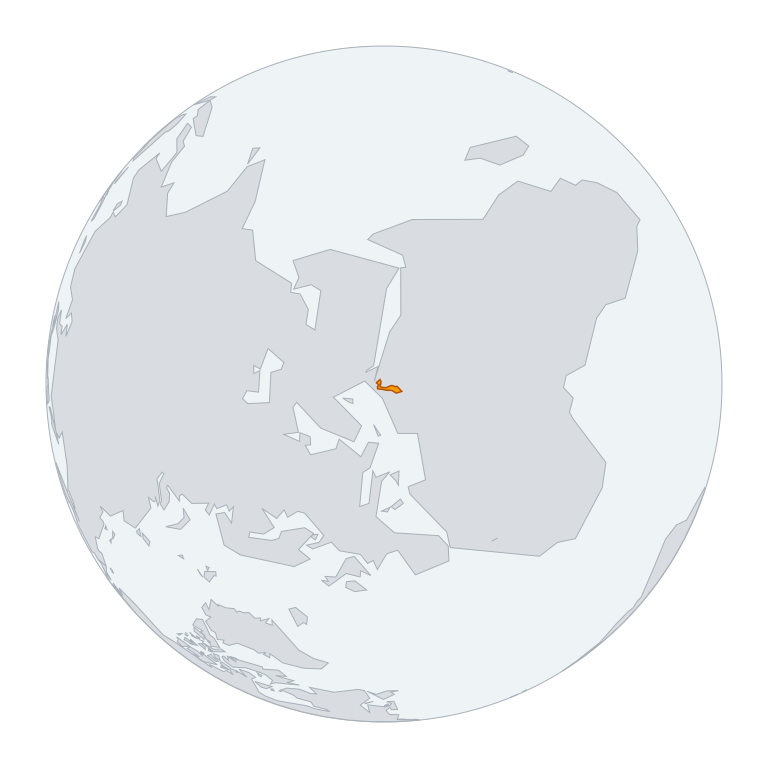 globe centered on Al Jizah, rotated 226°
{"feature_id": "EGY-1544", "entity_name": "Al Jizah", "entity_type": "Governorate", "adm_level": 1, "iso_a3": "EGY", "parent_name": "Egypt", "parent_adm1": "", "projection": "orthographic", "projection_center": [30.712, 29.007], "detail": "fine", "context": "on_globe", "style": "filled", "palette": "amber", "viewbox_px": 768, "rotation_deg": 226, "n_neighbors": 0, "source": "natural_earth", "source_scale": "10m", "svg_char_len": 11042}
<svg xmlns="http://www.w3.org/2000/svg" viewBox="0 0 768 768"><g transform="rotate(226 384 384)"><circle cx="384" cy="384" r="338" fill="#eef3f6" stroke="#a8b0b8"/><path d="M388.3,46.1L387.8,46.1L389.4,46.1L425.7,48.7L430.0,49.2L428.8,49.3L413.7,47.9L412.7,48.2L423.4,49.3L428.9,50.8L413.4,49.0L421.4,51.7L397.7,52.0L357.1,50.8L343.3,54.4L299.8,63.2L303.1,63.8L288.7,68.8L287.3,71.7L279.6,73.5L285.0,74.4L292.3,72.4L297.1,72.4L296.9,74.2L287.1,76.3L285.8,75.8L282.8,77.4L278.0,77.9L280.3,78.7L268.4,81.7L279.7,81.6L270.0,86.5L262.2,87.8L263.7,83.8L249.3,80.1L241.9,81.9L230.0,87.4L206.2,104.9L197.8,109.1L185.9,117.5L190.1,116.4L201.0,109.7L206.0,110.7L218.7,103.2L222.6,102.9L235.4,97.7L232.7,102.9L223.1,111.2L212.4,116.1L207.9,120.2L217.5,119.7L196.9,134.0L182.3,153.2L177.0,157.0L167.9,155.4L169.5,143.9L157.7,145.5L164.5,149.4L151.2,160.3L148.7,164.6L148.9,167.4L153.6,165.4L148.9,170.7L140.4,167.8L144.6,163.0L147.2,163.6L147.9,158.7L142.1,158.5L135.8,165.0L133.7,160.7L129.2,165.5L126.2,167.9L133.5,160.1L120.3,174.4L117.4,176.4L132.8,158.0L149.4,140.8L167.2,124.8L186.1,110.1L206.0,96.7L226.8,84.9L248.4,74.5L270.7,65.6L293.5,58.4L316.8,52.8L340.5,48.9L364.3,46.7L388.3,46.1ZM53.7,312.6L52.3,321.8L51.6,324.2L48.1,359.3L50.2,385.0L50.7,401.6L49.9,407.3L51.9,415.5L52.0,420.8L65.5,452.9L76.8,478.6L79.5,496.5L75.9,507.0L86.5,542.2L84.3,540.1L73.2,516.5L63.9,492.2L56.5,467.3L51.1,441.9L47.6,416.1L46.1,390.1L46.7,364.1L49.2,338.2L53.7,312.6ZM434.2,49.8L436.3,50.2L431.2,49.4L432.8,49.6L434.2,49.8ZM236.0,95.4L235.7,96.5L233.5,96.9L236.0,95.4ZM241.9,92.2L239.6,91.8L242.0,90.3L243.4,90.6L241.9,92.2ZM437.1,50.9L441.0,52.0L434.4,50.5L437.1,50.9ZM244.2,93.2L246.6,87.7L251.0,85.2L259.8,84.4L244.2,93.2ZM441.5,52.4L451.2,56.0L457.0,56.6L446.0,57.6L441.4,53.7L432.4,51.6L439.4,52.6L441.5,52.4ZM294.7,71.1L287.0,73.3L293.6,69.9L294.7,71.1ZM297.8,69.0L311.4,60.4L322.7,58.7L315.9,61.6L330.7,58.7L329.6,62.0L321.2,64.3L314.1,64.6L319.1,65.8L297.8,69.0ZM438.3,58.0L438.4,59.0L435.4,57.8L438.3,58.0ZM299.6,72.1L301.3,70.3L311.3,68.5L309.6,72.0L306.9,71.4L299.6,72.1ZM335.2,56.6L342.3,56.3L343.3,58.8L346.3,59.1L330.6,61.9L335.2,56.6ZM304.6,72.7L308.5,73.9L303.7,76.5L298.6,73.9L304.6,72.7ZM314.5,66.8L319.2,66.2L316.1,67.6L314.5,66.8ZM288.6,87.5L290.4,84.7L295.7,83.5L288.6,87.5ZM310.3,74.2L312.0,73.3L314.3,72.7L315.9,74.1L310.3,74.2ZM332.4,63.7L331.3,65.0L338.9,62.6L340.0,64.9L329.3,66.5L334.3,66.8L334.7,67.5L325.6,68.1L332.4,63.7ZM324.4,73.7L311.2,77.4L306.6,82.6L301.7,83.7L310.0,75.3L324.4,73.7ZM325.9,70.3L323.9,72.6L318.8,72.5L317.1,70.9L325.9,70.3ZM344.5,65.9L345.6,62.1L347.9,61.9L344.5,65.9ZM324.1,75.1L327.2,74.3L324.3,75.5L324.1,75.1ZM339.4,68.6L339.4,67.1L342.0,67.0L339.4,68.6ZM333.6,74.0L329.3,75.0L328.0,73.8L333.6,74.0ZM337.0,71.5L340.6,71.6L330.1,72.8L336.6,70.8L337.0,71.5ZM341.8,68.7L343.4,68.1L341.4,69.4L341.8,68.7ZM341.0,78.3L328.1,80.0L325.2,77.2L338.1,75.8L341.0,78.3ZM157.7,468.8L139.8,414.2L149.6,398.6L152.1,376.2L220.3,318.0L234.0,326.3L286.8,326.2L293.3,330.0L286.2,347.3L325.2,373.7L338.8,359.6L374.9,372.9L399.5,372.2L409.7,338.5L369.5,338.8L363.3,322.3L396.3,307.8L431.6,308.5L430.3,302.2L408.7,288.9L417.5,276.9L401.3,283.4L407.4,289.7L397.4,294.3L391.2,289.0L394.6,284.7L384.1,282.0L370.8,304.5L375.5,313.4L347.7,316.8L352.9,332.3L345.1,339.1L333.4,315.7L335.1,307.3L312.8,281.4L308.5,290.2L329.3,315.7L322.5,313.4L316.8,327.1L315.7,314.8L294.2,286.1L269.6,288.2L237.0,317.9L222.9,317.7L211.6,307.7L224.9,274.0L254.9,278.4L260.0,268.0L255.1,250.3L264.6,253.7L266.3,247.5L277.7,248.7L295.0,236.1L306.8,236.3L314.8,218.2L321.9,216.3L315.2,227.2L316.8,235.5L346.3,237.2L352.3,233.6L355.1,222.1L362.9,224.7L361.8,213.4L379.3,209.8L357.0,205.3L359.7,193.2L370.8,184.6L367.7,180.2L349.6,194.4L345.9,201.1L349.2,207.8L335.8,227.0L325.4,229.5L324.3,207.5L309.4,209.2L315.1,192.5L360.7,162.0L379.2,157.1L407.3,172.8L402.3,180.1L389.8,177.6L400.3,190.5L400.0,184.3L406.4,186.9L410.6,177.1L415.4,178.6L411.2,167.3L417.5,168.0L420.1,175.1L431.6,162.8L445.1,162.4L445.4,159.0L441.9,155.5L461.3,158.1L460.6,155.6L454.1,153.7L448.5,147.6L446.3,138.3L453.2,139.7L454.9,143.2L468.7,153.3L472.3,163.3L474.8,163.1L473.4,154.8L456.5,142.3L453.2,136.5L462.1,141.3L458.6,139.1L459.1,136.6L466.0,135.8L456.7,130.2L453.1,105.1L466.1,102.0L474.3,108.4L479.0,95.5L493.3,95.0L487.2,93.0L485.3,86.7L480.8,86.6L477.8,85.3L470.9,71.5L474.6,70.1L464.8,63.8L461.6,63.0L458.3,63.5L446.0,57.6L457.0,56.6L463.6,58.3L466.0,57.4L480.6,61.8L493.9,65.7L508.4,72.5L517.6,75.8L517.5,75.2L529.9,80.0L555.8,93.6L535.3,85.0L496.5,69.5L512.4,75.5L508.9,75.3L514.7,78.4L525.9,83.1L527.1,82.9L545.8,99.7L573.0,119.2L570.7,112.8L577.6,114.9L606.6,136.3L641.9,180.0L651.5,187.1L657.6,194.6L661.4,203.5L652.7,192.5L649.2,192.6L643.7,185.7L647.0,197.7L639.2,188.3L645.6,203.1L652.1,208.4L652.1,200.5L661.0,218.5L671.5,225.8L681.7,241.8L694.5,282.3L693.9,302.5L695.8,308.7L690.9,306.8L691.4,323.6L706.2,346.8L708.3,356.3L705.9,383.3L704.6,376.6L691.7,371.6L694.3,395.8L704.3,405.3L708.0,423.8L702.5,423.9L698.2,408.1L693.6,405.7L691.2,385.4L680.4,360.6L674.6,372.7L671.5,360.8L655.7,343.6L645.5,360.4L631.5,405.2L635.4,436.3L628.1,454.1L604.8,418.1L594.3,389.9L585.9,396.4L561.9,377.4L520.7,387.5L514.8,380.5L507.0,386.2L490.1,381.3L481.1,369.2L470.9,371.9L495.0,403.4L506.0,400.6L515.0,384.9L519.7,396.8L536.0,404.3L518.2,438.8L456.9,475.3L450.9,452.2L404.4,389.3L405.8,381.5L405.6,380.7L405.0,379.2L400.8,391.8L392.8,379.0L417.6,424.3L421.8,443.9L456.0,476.8L452.8,480.8L463.8,486.9L499.2,472.6L499.4,480.4L482.7,518.5L433.7,569.6L440.3,597.8L436.9,621.3L406.6,637.8L409.5,653.8L393.9,659.8L393.1,668.3L380.7,677.1L359.9,684.5L324.3,682.3L321.8,675.3L303.6,659.2L278.2,617.1L286.9,598.8L283.7,582.6L257.9,541.7L263.5,521.0L256.7,510.6L242.6,510.4L234.7,497.6L226.2,495.6L173.4,489.1L157.7,468.8ZM196.2,352.4L194.1,359.0L196.2,352.4ZM468.9,326.9L490.1,325.3L480.6,305.3L487.9,303.3L482.0,297.6L479.8,303.9L465.3,288.1L474.4,280.8L471.8,272.0L464.6,272.3L450.2,288.6L470.9,310.8L466.0,320.1L468.9,326.9ZM52.3,322.1L51.5,327.5L51.7,324.7L52.3,322.1ZM66.6,269.0L65.0,274.5L65.6,271.5L66.6,269.0ZM70.9,257.0L67.7,265.3L68.2,263.7L70.9,257.0ZM151.8,160.4L152.3,160.9L151.4,164.5L149.6,164.4L151.8,160.4ZM161.2,173.0L153.4,181.3L157.7,174.9L153.6,175.9L157.4,164.5L174.6,158.4L166.1,162.8L161.2,173.0ZM167.4,148.8L163.0,155.9L167.1,148.4L167.4,148.8ZM264.3,215.1L267.8,219.8L262.8,226.2L247.8,228.5L254.9,218.8L264.3,215.1ZM273.9,225.2L276.9,204.0L286.4,202.6L280.6,206.8L286.5,208.0L278.7,215.2L284.7,235.5L280.7,242.8L255.3,241.5L265.8,237.5L261.8,232.8L273.9,225.2ZM268.2,160.6L269.6,153.6L288.2,159.2L284.7,165.2L269.6,167.1L264.8,161.3L268.2,160.6ZM259.4,93.8L258.7,92.4L261.4,91.5L264.2,92.1L259.4,93.8ZM289.0,86.3L265.0,100.0L263.0,98.8L251.3,109.4L241.6,110.6L249.5,103.5L233.3,112.9L236.6,107.0L226.1,114.0L244.8,98.1L247.0,93.9L248.2,97.9L257.0,96.8L261.6,95.0L276.0,87.3L285.3,78.6L295.5,76.9L300.3,78.0L299.7,79.8L293.2,80.2L297.0,82.3L287.1,84.4L289.0,86.3ZM350.5,103.7L343.3,101.4L349.2,110.0L339.4,110.5L340.7,111.5L333.2,114.5L326.4,120.2L322.1,119.6L321.3,122.1L316.4,124.5L313.8,128.0L305.2,128.4L301.4,132.8L299.5,130.6L295.3,138.2L294.5,132.8L288.0,136.0L292.2,139.5L251.7,137.9L235.3,142.7L222.0,150.2L222.5,141.1L235.2,128.9L253.6,117.5L269.3,114.6L266.6,111.6L273.4,109.5L272.7,112.8L277.8,106.6L283.2,105.9L299.5,98.4L303.7,90.8L309.7,88.3L310.8,91.0L316.1,86.7L322.2,90.1L326.7,88.6L337.2,90.9L336.6,97.6L341.7,95.5L349.9,97.7L350.5,103.7ZM343.7,79.1L345.3,86.0L340.7,90.0L324.3,84.4L319.4,85.3L308.8,82.8L315.7,77.4L318.1,78.5L322.0,78.4L318.3,80.1L324.2,78.7L327.8,80.4L333.3,79.9L332.3,82.1L343.7,79.1ZM301.2,324.0L306.3,325.4L314.4,325.3L311.0,334.4L301.2,324.0ZM286.1,304.6L290.8,304.0L289.9,315.9L284.7,314.9L286.1,304.6ZM294.2,294.0L291.1,303.0L289.6,297.6L294.2,294.0ZM319.6,226.3L324.7,225.4L324.9,228.1L321.8,232.0L319.6,226.3ZM365.9,132.6L362.5,129.9L364.2,128.7L363.0,120.9L370.2,120.4L373.7,124.9L365.9,132.6ZM402.5,344.5L395.0,351.1L391.5,348.1L394.7,346.3L402.5,344.5ZM350.5,343.6L362.1,348.3L349.4,346.0L350.5,343.6ZM373.5,130.8L372.2,127.5L376.6,129.4L373.5,130.8ZM375.3,119.8L380.6,121.2L370.9,119.5L375.3,119.8ZM522.2,690.9L523.2,691.1L518.5,693.0L522.2,690.9ZM494.3,610.4L470.4,651.2L454.6,653.4L452.0,643.2L461.0,619.4L479.6,610.1L488.8,597.6L494.3,610.4ZM717.0,441.2L711.0,458.9L707.5,462.3L709.2,455.6L714.7,445.4L717.0,441.2ZM708.9,456.0L702.5,452.6L687.8,425.8L693.2,421.3L707.4,431.0L706.7,436.3L710.5,441.0L708.9,456.0ZM720.9,403.5L720.0,417.7L717.5,426.5L715.8,428.9L714.8,415.3L715.5,405.0L717.1,401.6L718.8,358.5L720.3,360.5L720.8,377.0L721.7,384.3L720.9,403.5ZM636.9,438.6L644.7,453.3L640.1,458.8L636.9,438.6ZM716.2,332.7L717.7,351.0L715.2,329.1L716.2,332.7ZM712.7,314.1L714.3,320.0L712.6,316.3L712.7,314.1ZM698.9,317.3L697.4,322.6L695.7,318.4L696.6,309.1L698.9,317.3ZM689.5,255.7L695.5,268.3L697.4,273.3L693.7,267.5L689.5,255.7ZM432.9,127.9L426.6,138.7L426.8,147.4L434.3,153.3L421.0,150.2L420.7,136.7L432.9,127.9ZM449.9,107.5L443.2,103.2L447.8,102.7L450.0,103.6L449.9,107.5ZM444.7,106.6L433.3,106.2L430.7,102.4L440.1,103.4L444.7,106.6ZM403.4,117.1L401.0,120.2L397.5,118.4L403.4,117.1ZM721.2,406.2L721.3,404.0L721.9,385.7L721.8,376.8L721.8,375.1L721.9,381.2L721.9,384.3L721.9,386.8L721.2,406.2ZM718.9,338.6L718.3,335.5L719.2,343.6L715.9,320.7L716.5,323.6L718.9,338.6ZM716.0,322.1L716.9,329.4L714.9,317.0L716.0,322.1ZM716.2,326.8L714.6,319.8L714.7,317.9L716.2,326.8ZM715.8,320.5L712.8,307.3L714.4,313.2L715.8,320.5ZM710.2,304.7L713.3,310.5L712.1,313.4L704.4,290.2L704.4,286.2L710.2,304.7ZM661.8,194.9L657.6,189.8L655.4,185.5L659.0,190.2L661.8,194.9ZM644.4,169.1L653.5,182.7L660.0,195.0L661.4,195.5L669.2,207.3L663.2,201.1L653.4,185.1L649.7,177.8L642.4,168.9L635.5,159.9L626.5,150.9L621.3,145.3L628.3,151.4L644.4,169.1ZM622.7,147.5L604.5,131.4L603.6,128.5L607.3,131.3L616.1,139.7L616.1,140.7L622.7,147.5ZM599.9,126.9L599.7,128.0L572.6,112.0L566.6,108.1L586.7,117.4L587.6,119.1L594.4,123.9L599.9,126.9ZM442.0,59.4L438.7,59.0L440.7,58.6L442.0,59.4ZM475.4,85.4L471.5,83.5L473.9,82.7L475.4,85.4ZM462.1,78.1L462.1,80.3L459.3,77.3L462.1,78.1ZM462.5,85.8L460.7,80.9L466.5,86.5L462.5,85.8Z" fill="#d9dde1" stroke="#a8b0b8" stroke-width="1"/><path d="M379.0,385.4L378.2,387.6L377.5,388.5L376.7,389.1L374.3,390.3L373.9,390.6L373.6,391.0L373.2,391.8L366.3,391.6L368.7,386.9L368.8,386.7L369.1,386.4L369.5,386.3L373.6,385.3L374.7,384.5L378.0,381.2L382.0,378.7L382.2,378.3L384.6,376.2L384.9,376.1L385.0,376.1L385.0,376.3L385.2,376.5L385.3,376.5L385.4,376.8L385.5,376.9L385.8,376.8L386.1,377.0L386.3,377.2L386.4,377.3L386.6,377.3L386.7,377.5L386.6,378.1L386.7,378.3L386.8,378.4L386.9,378.6L386.9,378.8L387.0,379.1L387.0,379.3L386.9,379.5L387.0,379.6L390.2,379.4L390.3,379.7L390.0,384.2L388.1,383.6L387.8,383.5L387.7,383.4L387.5,383.2L387.4,383.1L387.4,382.9L387.2,382.7L386.8,382.3L386.8,382.2L386.7,381.9L386.5,381.7L386.4,381.7L386.2,381.7L385.6,380.0L385.5,379.9L385.2,379.7L384.2,379.8L383.1,380.3L382.2,380.9L381.8,381.2L379.4,383.5L379.2,385.0L379.0,385.4Z" fill="#f59e0b" stroke="#b45309" stroke-width="1.5"/></g></svg>